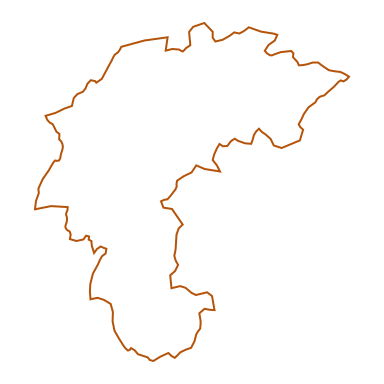 North Chungcheong, Mercator projection
{"feature_id": "KOR-2494", "entity_name": "North Chungcheong", "entity_type": "Province", "adm_level": 1, "iso_a3": "KOR", "parent_name": "South Korea", "parent_adm1": "", "projection": "mercator", "projection_center": [127.84, 36.597], "detail": "fine", "context": "isolated", "style": "outline", "palette": "amber", "viewbox_px": 384, "rotation_deg": 0, "n_neighbors": 0, "source": "natural_earth", "source_scale": "10m", "svg_char_len": 2769}
<svg xmlns="http://www.w3.org/2000/svg" viewBox="0 0 384 384"><path d="M96.3,82.7L101.8,78.9L112.2,59.5L113.3,57.1L114.6,55.0L116.2,53.6L118.0,52.4L119.8,49.8L121.3,46.8L144.4,40.5L167.6,37.3L165.7,50.6L172.3,49.0L179.0,49.5L180.8,50.6L182.7,51.5L184.4,50.0L185.9,48.2L190.3,45.2L189.1,31.9L193.2,26.8L204.3,23.0L212.7,31.8L212.7,37.7L215.4,41.5L222.6,39.8L229.8,35.7L234.2,32.4L239.4,33.5L243.7,31.2L248.8,27.3L260.9,31.6L273.4,33.6L277.3,34.8L274.8,40.5L268.5,45.0L264.8,50.8L267.1,53.5L270.2,55.3L272.2,55.3L274.2,54.4L280.8,52.1L291.2,51.0L293.4,53.3L293.0,57.2L297.3,61.8L298.9,65.3L302.9,65.1L307.5,64.2L312.8,62.5L318.0,62.5L323.2,66.4L328.9,70.2L334.6,71.3L340.2,71.9L344.6,73.9L349.0,76.7L346.3,79.7L343.4,81.4L340.8,80.4L338.6,81.8L333.6,87.1L328.1,91.8L324.4,95.3L319.9,96.7L317.2,99.0L315.3,102.4L308.6,107.2L303.8,114.1L301.5,119.2L298.7,124.3L300.2,127.0L303.1,129.7L299.9,140.4L281.6,148.0L273.8,145.5L270.6,138.9L265.5,134.4L261.8,131.9L259.0,128.7L256.1,131.5L253.9,135.1L252.8,139.3L251.2,143.8L245.0,143.3L238.2,140.9L234.7,138.7L231.0,141.1L227.4,145.9L223.0,146.3L219.5,144.0L216.9,148.4L214.2,154.4L212.7,160.0L216.9,165.4L220.0,171.5L204.6,169.0L196.3,165.4L191.5,172.5L183.9,176.1L177.1,180.7L176.5,184.0L176.7,186.5L175.5,189.3L170.5,195.9L167.4,199.3L164.2,199.8L161.0,201.3L163.4,207.6L172.0,209.0L182.7,224.6L178.7,228.4L176.5,234.6L175.6,249.4L174.3,255.9L175.7,260.6L178.1,264.9L175.0,271.1L170.2,275.3L171.5,288.2L180.2,286.1L185.5,287.8L191.7,293.0L195.9,295.0L207.1,292.3L212.0,296.0L214.5,310.1L209.9,309.8L204.6,308.8L199.3,313.3L200.6,320.6L200.6,324.3L200.1,328.8L198.0,331.3L196.3,334.3L194.5,341.2L191.1,347.8L185.7,349.7L180.3,352.3L177.6,355.2L174.8,357.8L171.6,356.1L168.4,353.0L160.3,356.7L153.3,361.0L149.8,360.0L147.8,357.4L138.0,354.2L134.7,350.3L131.0,348.1L129.6,350.0L127.9,350.5L125.8,348.6L123.9,346.3L119.0,338.6L114.5,330.7L112.6,321.4L112.9,312.1L110.7,304.0L104.0,299.9L97.5,297.8L90.5,299.3L89.9,291.6L90.3,284.1L92.9,273.6L97.8,264.7L99.8,260.2L102.0,256.2L105.6,253.5L106.4,248.8L103.6,247.8L100.6,246.5L96.9,249.1L94.1,253.0L91.8,245.8L91.4,241.0L88.7,239.6L89.1,236.5L86.1,235.7L83.5,239.4L76.5,241.0L69.9,239.1L70.7,234.4L69.5,231.3L67.6,230.4L66.0,228.7L65.3,226.7L65.8,224.6L66.7,222.0L67.1,219.2L66.9,217.8L66.7,216.4L66.0,214.7L66.4,212.6L67.5,210.1L67.7,207.1L51.1,206.1L35.0,209.3L36.0,200.9L38.8,193.1L38.4,188.6L42.6,179.3L48.7,170.5L53.3,162.5L55.1,160.5L57.2,160.9L59.2,160.3L60.3,158.2L60.6,155.9L61.3,152.9L62.3,150.0L62.9,146.9L62.4,143.9L61.0,141.1L59.2,139.5L59.4,133.9L56.5,131.8L52.8,124.3L49.8,122.6L47.3,119.9L45.6,115.8L55.3,113.0L64.6,108.5L71.9,106.0L73.8,98.0L77.4,94.1L83.0,91.7L85.6,88.3L87.4,83.8L90.8,80.2L95.1,81.1L96.3,82.7Z" fill="none" stroke="#b45309" stroke-width="2"/></svg>